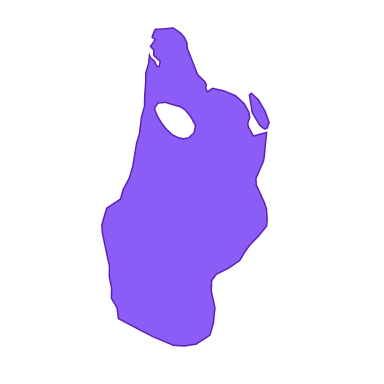 Mundok, P'yŏngan-namdo, North Korea, rotated 106°
{"feature_id": "82179303B50652768805745", "entity_name": "Mundok", "entity_type": "district", "adm_level": 2, "iso_a3": "PRK", "parent_name": "North Korea", "parent_adm1": "P'yŏngan-namdo", "projection": "albers", "projection_center": [125.486, 39.516], "detail": "fine", "context": "isolated", "style": "filled", "palette": "violet", "viewbox_px": 384, "rotation_deg": 106, "n_neighbors": 0, "source": "geoboundaries", "source_scale": "gbopen_adm2", "svg_char_len": 1503}
<svg xmlns="http://www.w3.org/2000/svg" viewBox="0 0 384 384"><g transform="rotate(106 192 192)"><path d="M204.3,110.9L197.7,112.2L187.7,115.8L182.4,119.4L167.6,132.1L161.2,134.3L142.6,131.8L138.8,132.2L114.2,136.7L120.8,147.7L121.3,148.5L113.6,155.9L110.4,157.4L104.2,157.1L99.4,159.5L92.7,166.2L87.4,176.8L86.0,189.5L86.7,201.0L91.4,204.7L88.8,207.4L84.9,207.8L82.6,209.8L77.6,219.0L58.0,233.9L55.8,235.8L50.0,238.1L45.7,241.7L42.3,246.9L39.5,255.3L44.0,266.6L45.7,272.2L49.1,272.7L54.1,273.1L55.6,269.2L63.5,272.1L66.1,267.9L71.3,266.4L75.1,258.7L80.4,258.1L80.8,260.4L76.4,264.4L74.5,268.7L72.2,270.6L80.3,269.1L90.3,269.2L100.4,266.5L113.0,263.9L123.1,261.2L133.1,261.3L150.7,258.6L160.7,258.7L183.4,256.0L195.9,256.1L208.4,258.8L218.5,258.8L231.0,269.5L238.5,269.6L248.5,269.6L256.1,266.9L266.2,261.5L276.2,256.2L286.3,250.8L296.4,248.1L306.5,242.8L316.5,240.1L324.1,232.0L334.0,227.8L339.3,202.5L341.9,189.1L344.5,167.6L342.1,156.8L337.1,146.1L324.7,135.3L312.1,135.3L297.1,138.0L282.0,146.1L271.9,148.7L264.4,146.0L254.5,135.3L244.5,127.2L234.5,124.5L227.0,121.8L217.0,116.4L204.3,110.9ZM120.5,250.9L115.8,249.1L113.2,242.4L113.3,234.3L113.3,226.3L114.9,221.5L118.1,216.5L121.0,212.9L127.4,206.8L134.7,206.4L141.1,210.3L143.4,215.6L143.5,221.0L142.3,227.2L138.4,234.4L134.5,239.9L128.3,246.5L123.2,250.5L120.5,250.9ZM99.0,156.0L109.0,145.5L111.5,139.6L109.7,137.3L104.0,137.0L94.3,144.0L85.2,153.4L80.7,162.2L82.9,163.6L99.0,156.0Z" fill="#8b5cf6" stroke="#5b21b6" stroke-width="1.5"/></g></svg>